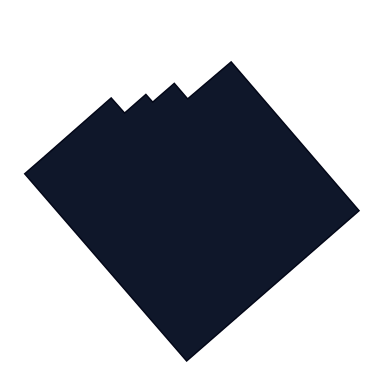 Hancock, Ohio, United States of America (Robinson projection), rotated 229°
{"feature_id": "52423323B63270252094254", "entity_name": "Hancock", "entity_type": "district", "adm_level": 2, "iso_a3": "USA", "parent_name": "United States of America", "parent_adm1": "Ohio", "projection": "robinson", "projection_center": [-83.556, 40.993], "detail": "fine", "context": "isolated", "style": "filled", "palette": "ink", "viewbox_px": 384, "rotation_deg": 229, "n_neighbors": 0, "source": "geoboundaries", "source_scale": "gbopen_adm2", "svg_char_len": 321}
<svg xmlns="http://www.w3.org/2000/svg" viewBox="0 0 384 384"><g transform="rotate(229 192 192)"><path d="M315.5,77.7L68.0,77.1L68.2,239.7L68.3,305.8L264.5,306.9L265.1,249.8L285.6,249.9L285.6,221.3L295.9,221.2L295.8,192.9L316.0,192.7L315.5,101.8L315.5,77.7Z" fill="#0f172a" stroke="#020617" stroke-width="1.5"/></g></svg>